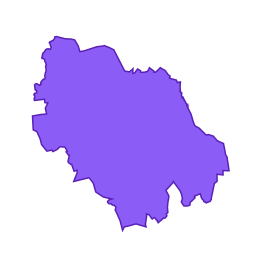 outline of Rosario, Sonora, Mexico, rotated 352°
{"feature_id": "50627088B12360956562142", "entity_name": "Rosario", "entity_type": "district", "adm_level": 2, "iso_a3": "MEX", "parent_name": "Mexico", "parent_adm1": "Sonora", "projection": "mercator", "projection_center": [-109.365, 28.044], "detail": "fine", "context": "isolated", "style": "filled", "palette": "violet", "viewbox_px": 256, "rotation_deg": 352, "n_neighbors": 0, "source": "geoboundaries", "source_scale": "gbopen_adm2", "svg_char_len": 5166}
<svg xmlns="http://www.w3.org/2000/svg" viewBox="0 0 256 256"><g transform="rotate(352 128 128)"><path d="M211.3,147.9L206.8,145.7L204.4,145.8L198.4,138.0L194.6,135.2L193.5,131.1L192.8,126.0L192.2,122.5L191.8,121.4L191.3,120.1L190.6,118.0L190.4,117.2L190.2,117.1L190.2,116.8L190.3,116.6L190.3,116.4L190.3,116.1L190.2,115.9L190.0,115.7L189.8,115.4L189.7,115.3L189.7,115.1L189.8,115.0L190.0,114.9L190.4,114.6L190.2,114.5L190.1,114.4L190.1,114.1L189.9,114.0L189.8,113.8L189.6,113.8L189.6,113.5L189.4,113.4L189.4,113.2L189.6,113.1L189.7,112.9L189.9,112.8L189.6,112.7L189.4,112.6L189.3,112.2L189.2,112.1L189.2,111.9L189.0,111.7L188.9,111.5L188.8,111.4L188.7,111.4L188.7,111.1L188.6,110.8L188.6,110.7L188.6,110.2L188.4,110.0L188.2,109.6L188.0,109.4L187.8,108.9L187.7,108.7L187.8,108.5L187.7,108.4L187.8,108.2L187.6,108.1L187.5,107.8L187.5,107.7L187.2,107.5L187.2,107.3L187.2,107.0L187.3,107.0L187.3,106.9L187.2,106.8L187.2,106.6L187.1,106.3L186.9,106.1L187.0,105.7L187.0,105.4L186.4,105.5L186.5,105.4L186.3,105.2L186.2,104.9L186.1,104.7L185.8,104.6L185.8,104.4L185.6,104.2L185.6,103.8L185.6,103.7L185.4,103.3L185.4,103.2L185.5,103.1L185.7,102.8L185.7,102.4L185.7,102.2L185.7,101.9L185.6,101.7L185.6,101.4L185.7,101.2L185.9,101.2L186.0,101.2L186.0,100.8L185.9,100.6L185.9,100.4L185.6,100.3L185.5,100.1L185.4,100.1L185.0,99.9L184.6,99.1L184.7,98.7L184.9,98.6L184.7,98.4L184.9,98.2L185.0,97.8L185.1,97.2L185.1,96.1L185.2,95.0L186.3,89.6L183.2,89.9L182.6,87.3L176.0,84.5L176.9,82.5L175.2,80.8L172.7,76.1L169.4,73.7L168.4,72.7L165.2,75.2L162.9,76.6L161.3,76.2L161.6,75.3L157.6,71.3L156.7,73.0L154.8,74.9L153.2,74.8L152.0,75.1L148.2,74.6L148.4,73.0L145.7,70.9L142.1,74.5L140.4,74.5L141.1,70.0L140.0,70.9L137.1,72.6L132.8,71.2L131.7,68.4L124.8,48.6L120.9,45.9L116.0,43.1L113.3,43.5L113.2,43.3L108.4,43.2L95.5,45.5L91.0,45.7L90.1,39.8L87.5,33.4L84.3,32.1L77.9,30.8L70.0,27.5L69.0,27.5L68.5,27.5L68.4,27.6L68.2,27.7L68.1,27.9L68.0,28.4L68.0,28.6L67.9,28.8L67.7,29.0L67.3,29.6L66.7,30.3L66.4,30.6L66.2,30.7L66.0,30.8L65.8,30.8L65.6,30.8L65.3,30.9L65.1,30.9L64.8,31.0L64.5,31.3L64.1,31.5L63.8,31.6L63.5,31.6L63.1,31.6L62.8,31.7L62.6,31.8L62.4,31.9L62.4,32.2L62.2,32.3L61.9,32.7L61.9,32.8L62.0,32.9L62.2,33.0L62.4,33.1L62.5,33.3L62.6,34.2L62.6,34.8L62.6,35.1L62.6,35.4L62.8,35.8L62.9,36.1L62.9,36.3L62.9,36.5L63.2,37.6L61.7,39.4L60.4,38.6L60.0,38.4L58.6,38.5L57.6,38.8L56.6,39.8L55.9,41.0L55.0,41.5L54.6,41.6L54.3,41.9L54.1,42.2L54.0,42.7L53.6,43.2L53.3,43.9L53.3,44.6L52.4,46.3L52.7,47.3L53.3,47.2L53.9,47.5L54.2,47.8L55.0,49.0L54.9,49.5L54.9,50.3L55.7,52.5L55.6,53.1L55.9,53.9L55.5,54.4L55.5,54.8L55.0,55.3L54.9,56.1L55.1,57.8L54.9,58.5L55.0,59.5L54.8,60.4L54.5,60.8L54.1,61.3L53.3,63.5L52.8,65.4L53.0,66.6L52.8,67.2L52.7,67.4L52.5,67.7L52.5,67.8L52.4,67.8L52.0,67.9L51.6,67.8L51.2,67.8L50.9,68.1L50.5,68.3L49.9,68.8L49.7,69.0L49.4,69.3L49.1,69.4L48.9,69.6L48.6,69.9L48.1,70.6L47.8,71.2L47.7,71.4L47.8,71.5L48.0,71.8L48.0,72.0L48.0,72.4L47.9,72.6L47.7,72.8L47.3,72.8L47.0,72.9L47.0,73.0L46.8,73.3L46.5,73.4L46.3,73.5L46.1,73.5L45.8,73.1L45.4,72.7L44.9,72.2L44.3,71.7L44.0,71.6L43.4,71.4L43.1,71.4L42.7,71.4L42.0,71.8L41.5,72.5L41.4,72.8L41.4,73.1L41.4,73.5L41.4,74.5L41.4,74.8L41.4,76.4L41.4,77.1L41.5,77.4L41.9,77.7L42.2,77.9L42.8,78.4L42.8,78.5L42.6,78.8L42.5,79.6L42.6,79.9L42.6,80.0L42.4,80.4L42.1,80.6L41.6,80.6L41.2,80.6L40.9,80.7L40.7,80.6L40.1,81.0L39.6,81.4L39.5,81.5L39.5,82.1L40.0,83.1L40.1,83.4L40.1,84.3L40.0,84.5L39.3,85.4L39.2,85.6L39.1,87.1L39.3,87.2L39.3,87.7L49.3,87.9L49.2,91.3L52.0,92.1L48.9,96.9L49.3,102.8L43.4,102.5L35.1,102.8L33.9,116.7L36.8,118.6L37.4,119.4L39.5,126.6L40.1,132.4L42.2,135.8L44.4,139.6L49.5,139.3L50.3,140.9L53.7,139.8L54.9,139.4L57.9,137.2L59.2,137.2L63.0,138.3L64.6,142.7L63.4,143.1L65.3,146.6L66.1,146.8L63.9,152.9L64.5,154.4L65.8,155.4L66.3,156.1L67.1,156.1L68.6,163.3L71.7,162.8L71.3,165.5L66.8,173.4L82.4,171.8L82.8,172.3L85.7,177.3L86.1,178.9L87.2,186.9L93.9,192.8L94.7,193.2L95.1,193.3L96.2,193.8L101.1,195.6L102.1,196.0L101.4,196.1L100.0,196.2L98.9,196.7L97.6,197.8L97.5,198.8L98.7,200.4L101.0,200.8L101.6,202.0L103.6,202.7L105.1,204.7L103.9,207.4L104.6,209.4L107.2,218.4L108.4,228.5L110.6,225.4L114.0,225.2L117.0,224.8L117.3,224.7L122.6,224.1L132.1,228.4L131.8,225.4L132.0,225.2L134.2,217.7L134.4,215.7L135.0,216.1L137.0,217.0L139.0,221.2L139.7,221.5L140.2,221.0L141.3,220.4L142.3,220.9L143.1,222.7L143.7,222.9L143.9,223.0L144.1,223.2L144.1,223.5L144.0,224.1L144.0,224.6L144.4,225.2L144.7,226.0L150.8,222.1L151.0,222.1L151.8,222.4L152.6,222.1L154.3,220.4L154.0,218.3L155.7,217.3L156.0,212.7L155.9,212.4L157.2,207.0L158.5,203.2L159.0,200.9L156.9,195.0L165.0,188.3L165.4,187.3L169.7,195.2L171.0,198.0L171.7,200.6L172.1,205.5L170.5,208.6L171.5,211.0L172.6,213.0L173.0,213.1L175.8,213.5L178.5,213.1L179.2,210.3L180.7,209.4L184.7,206.4L184.2,204.8L190.4,203.2L191.0,207.3L191.4,208.4L192.3,209.7L192.9,210.4L192.8,211.2L193.7,212.0L193.9,212.1L194.3,212.2L195.0,213.1L195.4,212.9L199.1,212.1L200.5,210.4L200.6,209.4L205.8,195.0L208.8,193.2L209.7,186.2L215.6,187.7L216.1,183.4L222.1,184.4L222.1,180.8L222.0,170.5L220.9,167.7L220.7,162.2L220.4,156.7L214.6,153.0L211.3,147.9Z" fill="#8b5cf6" stroke="#5b21b6" stroke-width="1.5"/></g></svg>